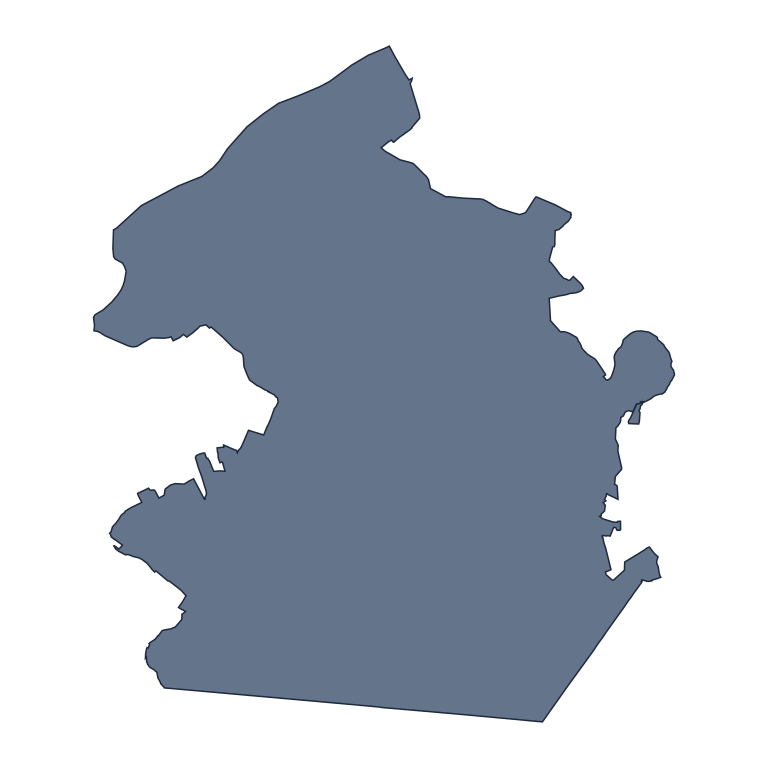 Lipnita, Constanta, Romania (Robinson projection)
{"feature_id": "2599482B13540904206543", "entity_name": "Lipnita", "entity_type": "district", "adm_level": 2, "iso_a3": "ROU", "parent_name": "Romania", "parent_adm1": "Constanta", "projection": "robinson", "projection_center": [27.564, 44.098], "detail": "fine", "context": "isolated", "style": "filled", "palette": "slate", "viewbox_px": 768, "rotation_deg": 0, "n_neighbors": 0, "source": "geoboundaries", "source_scale": "gbopen_adm2", "svg_char_len": 6088}
<svg xmlns="http://www.w3.org/2000/svg" viewBox="0 0 768 768"><path d="M389.3,46.1L385.9,47.8L368.5,55.1L352.1,64.8L329.9,81.3L319.3,86.9L299.0,95.5L278.7,103.2L263.2,113.9L247.1,126.7L227.6,148.6L219.5,160.8L213.0,167.9L201.8,176.5L178.8,185.7L141.3,205.6L116.7,228.0L113.5,229.9L112.9,248.5L113.6,256.4L115.0,258.9L122.5,263.1L124.5,266.5L126.2,271.2L124.5,280.9L123.1,285.4L121.1,289.9L117.9,294.7L111.8,302.0L103.0,310.0L94.9,314.8L93.5,317.4L94.5,325.4L94.0,330.8L97.2,331.3L99.8,332.4L105.1,335.8L127.6,345.6L130.9,346.6L133.5,346.9L137.1,346.3L148.4,339.4L151.5,337.9L161.2,338.1L165.0,338.1L169.3,337.5L171.0,336.7L173.2,340.8L179.2,337.9L183.5,334.4L186.8,337.1L192.5,333.0L197.8,328.5L199.8,326.2L206.0,324.9L209.5,328.1L211.1,327.0L223.0,337.4L234.2,348.7L241.1,352.7L242.7,354.6L243.4,357.7L243.9,366.3L246.9,374.3L249.6,380.1L257.4,385.8L259.1,386.3L264.6,389.7L268.7,391.5L268.3,391.8L274.4,394.9L276.1,397.1L277.4,397.5L278.2,402.1L276.2,406.3L274.3,408.6L270.8,418.7L267.3,426.7L267.1,426.6L263.7,435.0L248.5,430.3L241.8,445.9L240.4,448.4L239.0,449.7L238.2,450.9L237.3,452.8L236.6,450.4L233.9,449.5L223.6,445.0L223.7,447.3L222.7,447.2L217.1,447.9L217.5,451.9L218.1,454.5L218.2,457.8L220.0,462.8L222.0,461.9L222.5,462.3L225.0,471.2L219.6,470.9L213.7,471.4L209.4,460.7L208.5,459.9L207.8,458.3L206.5,458.1L204.7,453.0L203.2,453.0L199.5,454.1L196.4,455.5L195.4,457.5L198.3,467.3L201.8,476.9L206.3,491.8L206.4,494.0L206.2,495.2L204.8,497.7L205.3,499.0L204.4,499.3L193.6,478.8L188.9,481.1L184.2,484.1L175.3,483.6L170.5,485.0L165.4,488.9L164.9,490.1L164.4,494.4L163.9,495.3L159.0,498.1L155.0,490.8L154.5,490.2L153.5,489.9L150.5,490.3L149.7,489.7L148.6,488.2L137.6,493.4L138.4,495.9L141.8,502.4L131.1,507.6L125.4,511.0L124.5,512.7L122.5,514.0L121.0,515.5L118.7,519.4L115.9,523.1L112.5,526.8L111.0,531.9L110.1,532.6L109.6,533.4L110.5,534.3L111.2,536.9L114.6,539.6L114.8,539.4L115.2,539.6L117.5,541.5L122.5,545.1L119.0,549.0L114.3,545.7L113.8,545.9L115.8,549.1L118.5,551.2L125.2,554.7L125.8,554.8L127.9,554.5L129.0,554.8L133.2,556.5L139.0,557.9L142.2,559.6L147.2,563.4L150.4,567.3L151.9,569.3L154.6,572.1L155.9,570.9L167.9,580.9L169.7,581.4L180.9,590.1L186.0,595.7L182.6,601.7L178.5,607.5L181.8,609.5L185.5,611.3L185.5,611.6L181.9,614.3L181.9,618.8L181.2,620.2L175.4,626.9L171.1,628.8L164.1,630.0L162.1,630.7L158.4,635.7L158.1,635.5L155.1,639.3L150.3,642.4L149.0,643.5L149.6,644.4L148.3,647.9L147.1,647.5L146.5,649.1L145.6,653.9L145.4,658.2L146.4,657.1L146.6,661.7L147.0,662.7L147.3,662.9L147.5,664.0L149.3,666.7L150.8,667.9L153.9,669.7L156.5,672.0L157.0,672.6L157.9,677.9L160.3,682.2L160.7,683.7L164.2,687.5L164.3,687.9L345.9,704.0L380.0,707.1L381.7,707.5L460.2,714.3L542.4,721.9L568.2,685.4L591.9,652.8L598.8,642.6L603.1,636.9L606.2,632.1L623.8,607.5L629.0,599.9L631.4,596.8L632.8,594.6L642.0,581.9L641.3,581.4L642.0,580.8L641.8,580.0L642.9,580.0L646.9,581.3L649.3,581.4L651.8,580.9L652.4,580.5L652.3,579.9L654.0,579.4L654.9,579.4L660.8,577.3L660.1,576.0L659.3,573.6L658.1,566.3L657.1,564.2L656.7,563.0L656.7,561.8L656.9,560.2L658.1,556.9L654.0,553.1L649.4,547.0L646.6,548.2L645.2,549.5L637.2,554.5L624.7,562.0L624.4,570.2L613.3,580.3L612.1,579.9L607.2,575.7L606.1,574.6L605.4,572.1L611.0,569.7L605.7,548.3L603.9,542.7L602.8,537.4L602.0,537.0L602.3,535.5L606.1,536.0L607.8,535.7L610.2,536.1L613.6,527.4L615.9,527.7L616.5,529.5L617.1,530.3L619.8,530.3L620.6,529.7L620.5,521.3L619.2,521.2L617.5,521.5L617.4,522.2L616.8,522.3L613.0,522.0L602.7,518.8L599.7,516.4L600.7,516.3L601.2,515.8L601.3,515.2L601.0,514.3L604.5,511.1L605.3,505.3L603.1,502.5L605.8,501.0L605.9,500.6L604.5,499.4L606.2,496.2L606.4,493.8L606.9,493.6L607.9,494.5L618.0,499.3L617.2,486.2L616.7,485.4L614.6,484.3L615.3,476.8L615.9,475.8L621.3,469.7L621.6,469.1L621.7,468.0L617.9,451.4L618.2,445.2L615.4,439.1L615.9,427.8L617.5,426.4L619.9,422.9L620.6,421.3L620.8,417.5L623.4,415.9L625.1,412.3L626.7,411.2L628.5,410.6L632.8,411.9L636.4,404.1L640.2,403.1L641.1,402.4L641.2,402.0L640.9,401.6L642.4,401.6L640.7,403.2L636.9,404.2L636.5,404.7L630.6,417.7L628.7,420.5L628.4,421.3L628.4,422.4L628.8,423.6L638.7,424.0L639.4,421.2L640.0,412.6L639.0,410.8L639.2,409.8L640.0,409.1L640.6,405.6L641.7,404.9L642.9,402.7L650.2,399.2L654.2,396.1L656.5,395.1L660.8,393.9L662.0,394.1L664.9,392.0L666.8,388.7L667.7,386.6L669.3,384.6L670.3,382.1L671.9,379.9L673.7,376.5L674.5,374.6L673.5,370.2L671.1,366.7L670.9,364.6L671.1,363.2L671.8,361.8L671.8,360.8L670.8,358.6L669.6,354.0L668.8,352.0L664.9,347.2L664.3,345.7L663.4,344.5L660.7,342.0L657.7,339.7L657.4,337.7L656.5,336.7L649.1,332.2L641.0,330.9L636.5,331.2L634.1,331.8L632.8,332.3L630.0,334.0L624.4,338.7L623.2,340.1L622.5,343.3L621.3,346.2L620.4,347.4L618.7,348.5L615.9,352.3L615.2,353.9L614.7,354.4L614.3,356.3L614.2,357.7L614.9,363.4L614.9,365.4L613.5,370.8L611.7,375.9L610.7,377.7L609.5,379.0L607.3,380.1L606.3,380.0L603.4,376.5L605.6,374.9L605.0,373.5L597.5,362.2L596.0,360.1L594.7,358.8L587.4,354.2L582.9,349.5L582.0,348.3L581.0,345.5L579.5,342.5L578.1,340.7L577.5,338.6L576.4,337.3L569.7,333.5L566.6,332.3L563.9,331.7L560.3,331.7L550.2,320.4L550.5,320.1L549.2,298.3L557.9,296.2L566.6,294.6L569.7,293.5L575.9,292.8L578.6,291.9L581.2,290.6L583.5,288.3L582.5,286.0L580.2,283.1L573.3,276.5L569.9,280.2L568.6,280.3L566.8,279.3L563.7,278.3L559.7,274.1L555.7,268.5L550.6,262.2L549.7,262.0L549.3,261.1L549.5,258.9L552.6,247.3L553.2,246.7L554.2,246.6L554.9,244.7L554.8,241.1L555.2,230.6L559.0,229.5L563.3,225.8L563.7,225.0L568.4,221.1L570.9,217.4L570.7,216.1L571.2,214.5L570.7,214.3L570.9,213.2L570.7,212.5L568.0,211.7L555.5,205.0L536.1,196.8L534.8,198.3L526.1,211.9L524.4,213.1L519.8,214.6L513.2,212.9L497.9,208.0L486.2,201.0L482.9,199.4L480.6,199.0L463.0,198.1L448.5,196.7L445.7,196.8L430.5,188.6L428.6,180.0L427.4,177.9L426.3,176.3L423.0,173.3L416.8,166.9L413.2,163.5L410.3,162.5L400.0,159.8L385.1,151.2L381.2,147.7L388.2,142.0L391.5,140.1L393.1,142.0L393.8,142.2L399.5,137.2L409.4,130.2L412.0,127.9L412.0,127.2L419.7,118.2L419.5,115.1L418.6,111.4L410.1,83.6L411.6,80.9L412.2,78.2L409.0,80.0L405.6,75.0L394.9,56.6L389.3,46.1Z" fill="#64748b" stroke="#1e293b" stroke-width="1.5"/></svg>